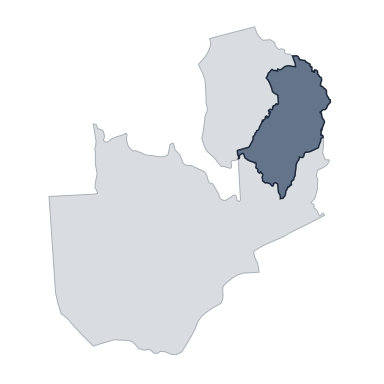 location of Muchinga within Zambia, rotated 357°
{"feature_id": "ZMB-5511", "entity_name": "Muchinga", "entity_type": "Province", "adm_level": 1, "iso_a3": "ZMB", "parent_name": "Zambia", "parent_adm1": "", "projection": "equal_earth", "projection_center": [31.586, -11.285], "detail": "fine", "context": "in_parent", "style": "filled", "palette": "slate", "viewbox_px": 384, "rotation_deg": 357, "n_neighbors": 0, "source": "natural_earth", "source_scale": "10m", "svg_char_len": 9495}
<svg xmlns="http://www.w3.org/2000/svg" viewBox="0 0 384 384"><g transform="rotate(357 192 192)"><path d="M254.8,275.6L238.6,275.7L232.8,277.4L227.9,280.0L222.2,284.0L218.9,286.9L217.9,288.4L217.5,291.9L217.5,297.2L217.0,301.1L215.2,304.6L206.5,308.9L200.8,312.4L195.2,316.5L191.0,321.8L188.2,328.4L183.4,336.5L173.5,351.0L167.7,353.7L162.8,353.1L156.8,350.1L152.2,349.5L148.7,351.4L145.5,350.8L142.5,347.8L140.0,346.6L138.1,347.5L135.5,347.3L130.8,345.7L126.7,340.5L124.5,338.3L122.8,337.5L118.0,336.7L106.9,335.5L95.4,338.1L85.4,340.7L74.9,329.1L64.8,316.9L62.6,313.8L58.8,309.7L56.1,307.7L55.0,306.7L52.2,295.8L50.5,285.8L49.0,189.0L94.6,189.0L97.5,188.6L97.6,187.6L95.5,182.4L95.5,180.5L96.1,177.0L98.0,170.0L98.1,167.6L97.1,160.0L97.1,155.7L97.6,147.0L97.2,144.1L98.3,140.2L98.6,137.6L99.0,136.5L98.5,133.5L97.5,123.2L96.9,118.9L99.7,119.5L100.6,121.7L101.1,124.0L102.4,124.1L105.6,125.5L106.8,127.4L107.5,131.5L107.1,133.7L106.1,135.4L107.1,136.9L109.3,137.9L110.6,137.6L114.2,134.8L117.6,133.7L119.3,133.0L126.9,131.1L128.4,130.1L129.4,130.1L130.2,130.9L129.5,133.9L129.3,136.5L130.3,141.4L131.0,143.7L132.6,145.3L133.7,146.2L135.0,148.0L137.6,147.7L143.4,150.2L145.2,151.3L147.6,152.5L149.4,152.9L155.3,153.8L161.6,155.2L164.9,155.3L167.2,154.9L168.8,154.2L169.8,153.4L170.2,152.8L172.5,143.4L173.8,142.7L175.3,142.2L176.2,143.1L177.3,149.0L181.9,154.3L183.4,158.7L184.6,162.5L185.6,163.6L187.3,164.9L190.1,165.3L192.5,165.5L204.8,172.0L206.1,173.1L207.7,176.6L208.6,180.5L209.6,183.6L211.1,184.2L212.6,184.4L214.0,186.5L215.0,188.4L218.7,196.0L219.2,199.1L221.0,201.1L223.3,202.0L225.5,202.1L226.8,201.2L229.9,199.6L232.3,197.8L234.1,197.2L235.2,197.6L236.0,198.8L236.5,202.6L238.3,203.9L239.5,203.4L240.0,201.9L240.0,201.1L239.9,161.2L238.8,161.5L237.4,162.6L234.2,162.8L232.9,163.6L232.5,164.9L232.8,166.5L232.8,168.8L232.4,169.9L230.9,170.3L228.9,169.4L225.2,168.3L222.1,167.6L219.8,164.6L216.8,160.1L214.8,157.8L210.0,153.1L209.2,152.1L207.8,149.9L206.5,146.1L205.3,141.8L204.6,139.0L205.8,134.8L208.5,120.9L209.1,116.6L211.4,112.2L211.6,108.3L210.6,103.2L210.9,100.4L211.1,84.5L210.5,79.5L208.9,73.9L205.4,66.1L205.4,64.5L210.7,59.4L212.3,57.5L215.1,53.4L216.9,49.9L218.1,47.1L218.5,43.4L217.6,40.0L219.4,39.3L263.2,30.3L263.8,32.7L265.1,36.7L266.7,39.6L268.5,42.1L270.1,43.7L271.2,44.2L277.9,44.0L280.4,45.5L282.5,47.5L283.0,50.6L284.4,52.5L285.9,54.0L286.5,54.2L287.6,53.8L289.4,53.8L291.1,54.4L291.9,55.1L292.0,57.7L292.5,58.8L294.8,59.2L297.1,59.4L299.3,61.2L301.8,61.5L304.6,62.2L305.9,64.1L308.9,66.0L312.5,67.7L316.5,70.5L316.6,71.4L317.3,73.0L318.0,74.2L318.0,76.0L318.4,77.6L319.4,78.0L320.3,78.1L321.0,77.0L322.1,77.0L323.3,77.7L323.7,79.6L324.6,82.1L326.1,83.9L327.1,85.5L326.7,88.6L326.1,91.3L328.1,94.1L330.7,96.7L331.4,97.8L331.6,101.7L332.0,103.0L333.8,106.2L334.7,108.4L334.6,109.6L329.8,116.0L326.9,116.9L325.6,118.2L324.8,119.6L326.7,125.9L327.7,128.3L326.9,131.3L325.0,136.4L324.1,136.9L323.9,140.8L324.5,142.2L325.4,143.3L325.8,145.9L325.7,152.4L324.5,159.8L326.6,166.2L327.4,166.9L330.3,167.0L330.8,167.5L330.1,169.4L328.0,172.2L324.3,174.4L318.8,176.8L317.7,179.2L317.0,182.6L317.6,184.5L318.3,185.7L318.0,188.6L317.6,191.8L317.7,194.2L317.5,196.4L316.8,197.4L315.8,200.7L314.6,204.0L313.7,205.5L312.3,207.1L310.2,208.4L310.2,209.0L312.7,210.6L313.3,211.6L313.5,212.3L312.5,214.0L313.6,215.0L315.0,215.8L316.3,218.0L317.8,222.1L318.0,222.6L318.4,222.6L319.2,222.2L320.7,220.5L321.8,219.9L323.1,222.3L300.5,232.4L295.1,234.5L287.2,238.1L284.6,239.4L282.6,240.7L261.5,248.7L258.2,250.2L250.8,254.3L250.5,254.9L250.6,256.8L251.3,260.6L252.6,264.0L253.7,266.0L254.4,271.1L254.8,275.6Z" fill="#d9dde1" stroke="#a8b0b8" stroke-width="1"/><path d="M316.5,70.5L316.6,72.4L316.7,72.9L316.9,73.2L317.3,72.9L317.5,72.9L318.1,73.5L318.3,73.6L318.3,74.5L317.9,76.9L318.1,77.8L318.5,77.9L319.0,77.5L319.3,77.4L319.6,77.6L319.8,78.3L319.9,78.7L320.4,78.9L320.7,78.3L320.7,77.3L320.9,76.5L321.5,76.8L322.8,76.9L323.3,77.4L323.6,78.2L323.7,78.7L323.8,79.2L323.7,79.5L323.5,80.1L323.6,80.6L323.8,81.1L324.4,81.6L324.7,82.0L325.0,82.9L325.2,83.3L325.5,83.6L325.8,83.8L326.7,84.3L326.9,84.5L327.3,85.8L327.4,86.7L327.3,87.4L326.5,88.9L326.1,90.5L325.9,91.3L325.9,92.2L326.2,92.8L328.2,94.0L329.6,95.6L330.2,95.9L330.7,96.7L331.2,97.2L331.5,97.7L331.6,98.8L331.4,100.6L331.5,101.4L332.2,103.5L332.4,103.8L333.2,104.9L333.7,106.4L334.1,107.0L334.8,107.1L334.8,108.0L334.9,108.6L335.0,109.2L334.6,110.0L334.2,110.4L333.2,111.3L332.9,111.5L332.6,111.8L331.4,113.6L331.0,114.9L330.7,115.5L330.2,115.9L329.8,116.0L329.4,116.6L329.1,116.8L328.7,116.8L327.9,116.5L326.2,117.1L325.9,117.5L325.5,118.4L325.1,118.7L324.8,118.7L324.6,118.6L324.3,118.7L324.1,119.3L324.1,119.7L324.3,119.9L324.9,119.9L325.3,120.3L325.5,121.3L325.6,123.3L325.8,124.3L326.2,125.2L326.6,126.0L327.2,126.7L328.0,128.6L327.8,129.5L327.4,130.5L325.7,134.0L325.7,134.6L325.7,134.8L325.2,135.1L325.1,135.3L325.0,135.8L325.1,136.6L324.9,137.1L324.2,136.4L324.0,136.9L324.1,139.7L324.1,140.1L323.9,140.7L323.6,141.7L323.7,142.0L324.1,142.2L324.9,142.1L325.3,142.2L325.6,142.7L325.8,143.2L325.8,144.4L324.6,144.8L323.7,145.3L323.2,146.3L323.2,147.8L321.5,151.4L320.5,154.4L317.2,155.8L311.7,158.0L308.6,158.3L307.1,158.3L306.1,159.7L305.7,161.6L304.5,163.3L303.0,163.3L301.0,162.7L301.0,163.4L300.6,164.8L300.2,165.5L300.1,165.8L298.9,167.1L298.6,167.5L298.3,168.5L298.1,168.8L297.7,169.4L297.6,169.6L297.5,170.3L297.3,170.7L297.2,170.9L297.2,172.4L296.7,175.6L296.5,176.0L296.4,176.8L296.2,177.3L296.1,177.6L296.1,178.7L295.9,180.2L295.9,180.6L295.6,181.2L295.5,181.9L295.2,182.1L294.9,182.3L294.7,182.9L294.3,184.3L294.2,184.9L294.0,185.3L293.5,185.5L292.7,185.7L292.7,186.0L292.2,186.6L291.9,186.7L291.7,186.9L291.7,187.5L291.6,188.0L291.6,188.7L291.6,189.4L291.7,190.0L291.0,190.4L290.7,190.2L290.7,190.5L290.4,190.9L289.9,190.9L289.7,191.0L289.5,191.5L289.2,191.8L288.6,192.2L288.2,192.5L288.0,192.0L287.9,192.0L287.8,192.8L287.1,193.7L286.9,194.7L286.7,195.0L286.0,195.3L285.9,195.6L285.5,197.5L285.3,198.8L285.0,200.0L284.4,201.0L282.5,203.0L282.1,203.2L281.6,203.1L280.7,202.8L280.2,203.1L279.9,203.3L279.9,200.6L279.8,199.7L279.5,199.1L279.0,198.3L278.5,197.1L278.3,196.5L278.0,189.3L277.9,188.8L277.7,188.4L277.6,188.2L277.3,187.9L276.3,187.3L276.0,187.3L274.8,187.3L274.1,187.7L273.9,187.9L273.8,188.9L273.6,189.7L273.3,190.1L273.0,190.3L272.4,190.3L272.1,190.0L270.2,187.7L269.9,187.4L269.3,187.3L268.6,187.1L268.2,187.0L267.1,186.6L266.2,186.8L265.7,186.8L264.8,186.1L263.3,184.8L263.1,184.5L263.1,184.3L263.2,183.3L262.7,181.1L262.8,180.9L263.1,180.0L263.6,179.2L263.7,178.8L263.7,178.4L263.6,178.1L263.4,177.8L262.9,177.5L262.5,177.0L262.3,176.7L262.0,175.7L261.7,175.5L261.2,176.1L261.0,176.3L260.5,176.7L260.2,176.6L259.9,176.3L259.2,175.6L258.8,175.0L258.7,174.4L259.0,173.5L259.0,173.2L258.9,172.8L258.6,172.4L257.8,171.9L257.5,171.6L257.2,171.3L257.1,170.9L257.1,170.0L257.4,169.2L257.5,168.8L257.5,167.3L257.4,166.8L257.3,166.4L257.2,166.3L257.0,166.2L256.8,166.1L256.1,166.3L255.9,166.2L255.7,166.1L255.5,165.9L255.3,165.4L255.0,165.1L254.6,165.1L254.2,165.1L253.8,165.1L253.4,164.8L253.0,164.6L252.4,164.5L251.8,164.1L251.2,164.0L249.9,163.1L249.4,163.0L248.9,162.7L248.5,162.0L248.4,161.8L248.0,161.7L247.5,161.4L247.2,161.1L246.8,160.7L246.3,159.6L246.1,158.3L245.6,157.2L245.2,156.5L244.9,156.1L244.2,156.2L243.6,156.4L241.6,157.6L241.4,157.8L241.3,158.1L241.2,159.8L241.0,160.5L240.8,160.9L240.6,161.1L240.0,161.3L240.0,161.2L240.3,160.9L240.4,160.5L240.3,160.2L240.4,159.3L240.4,158.9L240.3,158.5L239.8,157.8L239.6,157.3L239.5,156.8L239.6,155.3L239.4,154.2L239.4,153.6L239.5,153.1L239.8,152.8L250.9,150.3L251.3,150.1L251.6,149.7L255.9,142.6L255.9,142.4L255.7,142.1L255.7,141.8L255.7,141.3L255.9,140.5L255.9,139.9L256.1,139.7L256.7,139.3L257.7,138.3L257.9,137.7L258.1,136.9L258.3,136.3L258.7,136.1L259.1,136.0L259.3,135.8L259.4,135.6L259.7,134.6L259.8,134.3L260.0,134.0L260.3,133.9L261.1,134.0L261.2,133.9L261.5,133.5L261.6,133.4L262.2,132.7L262.3,132.4L262.5,131.6L263.1,130.2L265.1,126.8L265.5,125.7L265.7,125.0L265.9,124.7L266.1,124.5L266.4,125.0L266.8,125.1L266.9,124.8L266.4,124.1L266.8,124.1L267.3,123.7L268.4,123.3L268.6,123.1L268.9,122.4L269.1,121.3L269.4,120.5L269.9,120.5L269.6,120.9L269.9,121.3L270.3,121.4L270.7,121.3L270.7,120.5L270.8,120.2L271.1,120.5L271.2,120.8L271.2,121.2L271.2,121.5L270.9,121.8L271.5,121.8L271.8,121.6L272.9,120.4L273.0,120.0L273.3,119.6L273.6,118.9L273.0,118.0L272.9,117.7L272.9,117.4L273.1,117.1L274.0,117.1L274.4,116.9L274.3,116.2L274.1,116.0L273.9,116.0L273.5,116.2L273.2,116.1L272.9,115.5L272.6,115.1L272.6,114.9L273.6,113.8L274.0,113.6L274.4,113.5L275.4,113.6L275.8,113.8L276.1,114.1L276.3,113.9L276.8,113.5L277.0,113.3L277.0,112.9L277.0,111.6L277.0,111.3L277.2,111.2L277.6,111.2L277.6,110.9L277.5,110.6L277.6,110.3L277.8,110.2L278.5,110.1L278.9,109.9L279.8,109.3L280.1,109.2L280.4,108.5L280.7,108.3L280.9,108.3L281.3,109.0L282.9,108.5L282.8,100.3L282.0,99.2L279.6,97.8L277.7,96.1L276.9,92.3L275.8,88.7L274.0,84.5L272.1,82.0L273.8,79.2L274.4,77.3L275.6,76.5L277.1,74.8L278.3,73.7L280.0,75.1L281.8,74.9L283.5,75.9L284.1,73.7L285.9,74.5L287.8,74.2L289.4,72.9L291.5,71.5L294.4,70.9L296.9,71.2L299.3,72.0L302.0,72.3L301.8,69.0L300.6,65.4L299.6,61.4L300.1,61.5L303.3,61.4L304.3,61.8L305.2,62.6L305.5,63.0L306.0,64.5L306.3,65.3L306.6,65.6L307.6,65.7L309.7,66.3L311.4,66.5L311.7,66.7L312.1,67.2L312.2,67.4L312.3,67.9L312.4,68.2L312.6,68.3L313.0,68.2L313.2,68.3L314.3,69.3L316.2,70.2L316.5,70.5Z" fill="#64748b" stroke="#1e293b" stroke-width="1.5"/></g></svg>